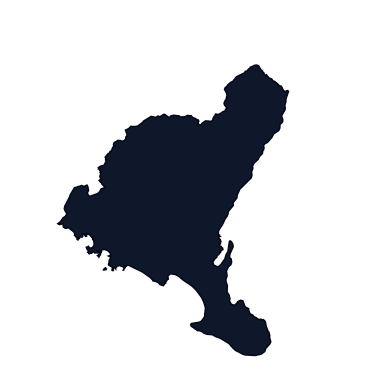 Banyuwangi, Jawa Timur, Indonesia (Mercator projection), rotated 17°
{"feature_id": "22746128B51270543903443", "entity_name": "Banyuwangi", "entity_type": "district", "adm_level": 2, "iso_a3": "IDN", "parent_name": "Indonesia", "parent_adm1": "Jawa Timur", "projection": "mercator", "projection_center": [114.187, -8.333], "detail": "fine", "context": "isolated", "style": "filled", "palette": "ink", "viewbox_px": 384, "rotation_deg": 17, "n_neighbors": 0, "source": "geoboundaries", "source_scale": "gbopen_adm2", "svg_char_len": 6052}
<svg xmlns="http://www.w3.org/2000/svg" viewBox="0 0 384 384"><g transform="rotate(17 192 192)"><path d="M254.9,67.5L253.6,67.1L252.0,68.3L251.8,68.0L251.9,68.7L251.5,68.9L249.5,68.0L246.5,64.7L244.5,64.8L240.9,62.9L239.3,62.7L239.1,62.2L236.8,62.0L235.7,60.9L234.3,60.4L232.5,60.6L231.4,59.7L230.3,59.9L230.3,59.1L229.1,58.2L228.8,58.7L226.7,58.5L225.8,56.9L223.8,56.1L223.8,55.4L222.0,54.8L218.6,51.7L216.3,51.8L214.4,52.8L212.9,54.5L211.3,55.5L211.2,56.6L209.8,58.4L209.8,59.3L209.1,60.3L207.6,61.0L207.6,62.5L200.9,68.7L198.6,74.4L197.0,75.8L194.9,79.1L194.3,81.2L193.3,82.3L193.1,84.4L195.6,86.7L197.4,89.6L197.2,91.5L197.5,92.0L198.1,91.9L197.2,93.8L196.6,97.4L197.6,99.3L200.0,100.8L200.6,101.9L199.9,103.1L200.0,104.8L198.4,105.9L195.2,109.7L192.7,110.8L192.3,110.4L191.6,110.7L191.7,112.5L190.9,113.7L190.6,115.9L190.9,116.7L189.9,118.8L184.2,120.0L181.8,122.9L180.7,125.5L178.2,125.3L177.5,123.6L177.9,122.7L177.1,121.3L176.3,121.5L173.5,120.7L170.9,120.6L168.9,119.3L166.5,120.0L165.5,119.9L163.4,122.0L159.6,123.5L158.7,123.6L157.4,123.0L151.9,124.0L149.5,125.5L148.7,127.0L147.9,127.4L143.5,125.8L142.2,126.0L139.9,128.8L139.1,129.3L137.1,129.4L135.4,131.3L130.9,131.6L124.8,138.5L124.7,139.5L120.7,144.9L117.5,146.4L114.4,147.0L112.9,149.9L110.3,152.3L113.6,156.7L112.7,158.3L113.1,160.4L112.4,162.3L110.6,163.9L108.5,163.8L106.2,164.2L103.1,167.6L103.0,169.5L104.0,170.3L103.6,170.7L104.0,171.1L103.4,172.0L103.0,173.9L103.1,175.8L101.8,177.3L101.5,179.3L100.5,179.8L98.8,184.2L99.8,184.9L99.9,186.6L101.3,187.9L100.4,189.0L100.9,190.3L100.2,190.8L99.9,192.4L96.7,194.2L95.3,196.3L96.1,196.6L96.0,197.3L97.4,196.7L97.7,197.5L97.4,198.3L98.4,198.5L99.1,199.6L98.3,200.0L99.5,201.5L99.2,203.6L100.0,205.2L100.9,205.2L101.1,205.7L100.9,206.7L99.8,208.1L101.9,209.5L102.7,209.5L103.6,210.8L106.2,212.2L107.1,213.5L104.1,215.8L103.7,218.5L102.4,220.9L95.6,226.1L94.1,225.5L92.2,223.8L92.6,220.5L90.7,217.2L89.5,216.1L86.9,218.4L84.7,218.0L78.4,222.3L76.4,230.1L76.4,232.5L74.5,242.6L74.8,245.4L76.1,247.1L78.6,249.2L78.5,250.5L77.9,252.5L76.1,254.6L75.0,258.7L72.9,261.5L74.0,261.8L74.8,261.4L75.0,261.8L77.9,260.1L79.3,263.2L80.1,263.0L81.3,263.8L83.0,263.2L83.6,262.2L84.9,262.4L90.5,264.7L92.5,266.5L92.4,267.9L93.6,268.2L93.9,268.8L94.7,268.4L95.2,269.5L96.9,268.7L97.9,269.1L98.0,267.6L100.0,267.3L100.5,266.0L99.7,264.7L100.4,264.3L100.3,263.5L101.6,263.6L102.4,265.1L103.4,265.5L104.1,264.9L103.2,263.6L103.6,263.1L105.3,262.6L106.7,262.9L110.8,265.5L110.9,266.4L111.6,266.6L112.6,267.9L113.8,270.7L113.7,272.5L112.8,274.7L110.5,275.5L108.7,274.2L108.3,275.1L107.1,275.7L108.0,277.1L110.1,278.5L110.0,280.1L110.5,280.0L111.5,281.1L112.2,281.0L112.6,280.2L113.9,280.0L114.9,278.0L116.1,278.1L116.6,278.7L117.9,278.3L118.7,277.2L119.2,277.9L119.8,277.7L120.1,276.3L119.8,276.0L120.3,275.5L121.3,275.9L121.1,276.7L121.9,277.5L121.8,278.3L121.2,278.7L122.3,279.0L122.0,278.4L122.6,278.2L122.2,277.3L122.9,276.6L122.8,274.8L122.3,273.8L125.1,272.5L128.2,272.7L131.3,274.0L132.4,275.6L133.3,279.2L132.8,282.3L133.3,282.9L133.2,285.3L133.9,285.5L133.6,286.2L138.3,287.5L138.2,290.1L138.8,290.4L139.6,290.2L139.8,289.7L139.0,287.7L140.7,287.0L141.5,287.7L141.2,286.4L141.8,286.0L142.0,284.1L143.1,284.3L143.8,283.6L147.8,283.6L149.7,285.0L150.2,283.6L149.9,282.3L150.9,282.1L150.6,281.6L151.1,280.9L152.9,280.6L167.8,282.9L177.2,286.0L180.3,287.8L180.6,288.4L183.5,288.1L186.4,288.6L188.5,289.9L191.9,290.0L192.9,287.2L193.5,286.9L193.1,285.9L193.9,283.9L193.6,283.2L194.8,282.2L193.4,279.6L194.4,278.0L194.2,277.3L195.9,276.4L200.1,275.8L203.9,276.5L209.6,278.9L219.1,281.8L224.5,284.5L232.2,290.2L235.6,294.1L238.2,297.9L239.2,300.2L239.2,301.9L239.8,302.8L239.6,304.1L240.5,306.7L240.2,308.8L238.6,313.0L237.2,314.3L229.8,318.0L229.6,319.4L230.5,320.5L238.1,323.0L238.6,322.6L241.7,322.4L244.6,323.5L247.8,323.7L253.3,322.5L256.5,323.3L261.7,323.6L271.7,326.1L276.8,329.3L280.1,330.8L288.7,332.3L290.6,332.2L300.1,329.9L305.7,326.7L308.2,323.2L308.3,319.9L310.8,314.7L311.1,312.1L308.9,308.8L308.2,306.3L306.3,303.3L305.5,303.0L302.2,298.7L300.0,294.5L297.7,293.2L297.3,293.7L295.4,293.5L293.5,294.2L291.9,294.2L289.9,293.4L288.0,293.2L286.0,291.9L283.1,291.5L280.7,288.5L280.3,287.0L277.4,286.6L275.9,285.8L272.6,281.3L270.1,281.3L267.8,283.5L267.6,284.8L266.1,287.4L265.3,287.9L262.5,287.9L259.7,285.3L259.5,282.9L257.6,279.8L254.7,277.2L253.2,271.2L251.0,268.2L250.0,266.0L250.1,262.0L248.0,257.5L248.7,252.8L250.4,250.2L250.4,247.4L248.9,244.5L247.5,243.9L246.8,242.8L246.4,240.3L247.4,232.2L246.1,229.7L244.1,228.0L242.7,227.6L242.2,228.3L243.8,238.6L242.9,242.0L243.0,246.3L240.8,252.9L239.9,254.7L238.9,255.6L237.2,256.1L234.1,255.4L232.6,253.6L232.6,251.8L233.5,249.0L234.7,247.2L234.7,245.1L235.9,244.1L236.0,242.5L236.9,241.7L237.0,240.8L236.2,240.4L238.4,238.0L237.6,236.6L236.9,236.6L235.6,235.4L234.6,235.7L233.8,234.9L234.3,232.5L233.9,232.1L234.1,230.9L232.8,229.1L231.2,228.5L230.7,227.5L231.4,226.7L230.7,226.9L230.3,225.9L231.5,224.8L230.0,225.6L229.6,225.2L228.8,221.6L229.0,220.0L230.7,214.1L231.6,207.7L232.7,204.7L232.8,201.8L232.4,201.1L232.8,199.0L235.4,192.9L234.4,190.2L236.6,184.7L236.1,181.4L237.0,175.1L244.5,161.2L244.4,158.5L243.0,155.1L243.3,151.9L243.0,151.0L242.5,151.4L242.1,150.3L243.0,146.2L245.7,141.4L246.2,138.0L248.1,134.7L247.6,131.9L248.1,131.0L247.8,130.8L248.0,129.8L248.4,129.8L248.0,129.8L248.1,128.9L247.1,127.3L247.0,125.7L247.8,124.3L249.7,122.5L252.4,116.4L253.1,112.6L256.9,107.9L257.3,105.3L256.5,102.0L257.2,100.0L257.9,99.4L258.1,97.8L257.4,95.7L255.8,93.7L255.5,92.3L256.9,86.5L256.7,84.5L255.4,82.2L255.4,78.3L254.6,75.5L254.9,67.5ZM132.6,291.3L131.7,290.2L130.9,291.2L131.9,290.9L131.2,292.0L132.6,291.3ZM122.1,280.9L121.1,280.5L120.9,280.8L122.0,281.5L122.1,280.9ZM96.9,271.2L97.1,270.1L96.1,270.8L96.9,271.2ZM121.9,279.6L121.2,279.6L120.5,280.4L121.1,280.4L121.9,279.6ZM149.5,286.6L149.1,285.4L149.1,286.8L149.5,286.6ZM131.7,277.7L131.7,277.0L130.9,277.6L131.7,277.7ZM131.6,290.1L131.8,289.3L131.1,290.2L131.6,290.1Z" fill="#0f172a" stroke="#020617" stroke-width="1.5"/></g></svg>